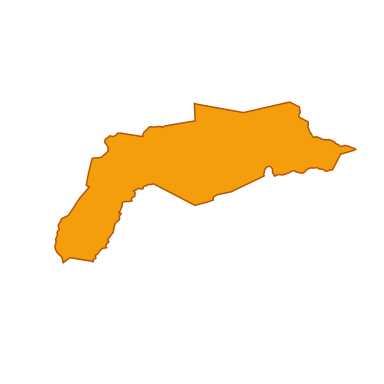 outline of Jacobina, Bahia, Brazil, rotated 129°
{"feature_id": "56859067B82313605605441", "entity_name": "Jacobina", "entity_type": "district", "adm_level": 2, "iso_a3": "BRA", "parent_name": "Brazil", "parent_adm1": "Bahia", "projection": "albers", "projection_center": [-40.536, -11.082], "detail": "fine", "context": "isolated", "style": "filled", "palette": "amber", "viewbox_px": 384, "rotation_deg": 129, "n_neighbors": 0, "source": "geoboundaries", "source_scale": "gbopen_adm2", "svg_char_len": 4388}
<svg xmlns="http://www.w3.org/2000/svg" viewBox="0 0 384 384"><g transform="rotate(129 192 192)"><path d="M200.5,181.2L196.3,178.2L190.8,174.2L184.8,170.3L183.8,171.4L182.9,172.0L181.5,171.8L180.2,171.4L179.3,171.2L177.6,170.1L167.3,161.8L165.1,160.7L158.3,157.5L134.0,146.0L133.4,147.0L132.6,147.7L131.7,148.0L130.4,148.7L128.8,149.5L127.5,149.6L126.3,149.7L125.3,149.5L124.3,148.9L123.6,148.2L123.1,147.3L123.0,146.2L123.3,144.5L124.0,143.3L125.3,142.5L126.4,141.4L126.6,140.1L127.2,139.2L127.8,138.0L126.7,137.3L125.4,136.6L124.1,135.8L123.4,134.9L122.8,134.0L122.2,133.0L121.3,132.0L120.2,131.3L119.3,130.7L118.1,130.0L117.3,129.5L116.1,128.7L114.7,128.1L113.3,127.8L112.4,127.3L111.7,126.4L110.9,125.0L110.7,123.5L110.2,122.3L109.5,120.7L108.8,119.6L108.2,118.5L107.5,117.8L106.4,117.2L104.8,117.0L102.8,116.9L101.2,116.4L99.5,115.6L98.4,114.7L97.6,113.8L97.1,112.9L96.3,111.9L95.4,111.2L94.5,110.3L94.2,109.0L94.1,107.8L93.5,106.6L92.4,105.4L92.0,104.1L92.0,102.7L91.6,101.2L91.0,100.4L89.9,99.5L88.7,99.0L87.7,98.2L86.4,96.7L69.1,100.3L58.6,93.0L55.9,91.6L55.9,93.0L56.2,94.2L57.0,95.6L57.3,96.8L57.5,98.2L58.0,99.3L58.7,100.5L59.2,101.9L60.0,102.9L61.2,103.4L62.0,104.1L63.2,105.3L63.2,106.8L63.0,107.9L63.4,109.0L63.7,110.1L63.9,111.1L63.6,112.3L63.4,113.5L63.9,114.5L64.1,116.0L64.8,117.7L65.4,119.0L66.2,119.5L66.9,120.4L67.5,121.5L68.2,122.3L68.7,123.4L69.3,124.6L69.5,126.5L70.0,127.7L70.4,128.9L70.8,130.3L71.7,130.8L72.7,131.2L72.7,132.2L73.2,133.1L72.2,134.7L71.5,136.5L71.3,138.1L70.6,139.1L69.9,140.2L69.5,141.1L68.7,142.4L67.6,143.5L66.5,144.1L65.5,144.8L64.5,145.9L64.4,147.0L65.0,148.2L65.3,149.3L65.3,151.1L65.7,152.5L66.2,153.5L66.1,154.8L66.4,155.9L65.9,156.8L64.7,157.3L63.5,157.6L62.4,157.8L61.4,158.5L60.5,159.7L59.8,160.7L58.3,161.9L60.6,172.6L61.3,173.2L62.6,174.3L97.8,201.9L99.2,204.3L117.5,237.7L120.7,243.5L121.6,245.9L125.1,242.9L134.7,234.3L145.2,243.6L146.7,244.9L151.8,249.4L157.4,254.3L158.9,255.3L160.5,255.7L160.5,257.0L161.2,257.9L161.8,258.8L162.6,259.8L163.7,260.6L165.0,261.7L165.6,262.6L166.3,263.8L166.9,264.8L167.8,265.7L168.8,266.2L170.0,266.3L171.8,266.4L173.3,266.3L174.8,267.1L176.2,266.8L177.6,266.5L178.6,266.2L179.4,265.3L180.6,266.2L181.4,267.6L182.2,269.0L189.4,281.5L190.7,283.8L193.0,286.8L194.3,286.8L195.5,286.8L196.7,287.1L197.9,287.8L198.7,288.6L199.4,289.9L199.9,291.2L201.2,291.4L202.3,291.5L203.2,291.8L204.5,292.4L206.0,292.3L207.2,291.9L208.2,291.0L208.7,290.1L208.8,288.9L209.2,287.5L209.7,286.4L210.4,285.1L211.5,284.3L212.2,283.7L212.8,282.8L222.3,284.3L226.6,288.8L228.0,290.3L228.8,290.7L231.4,289.5L241.1,284.9L242.0,284.6L253.3,278.4L253.1,276.6L252.8,275.0L267.9,275.4L279.1,274.2L287.8,273.4L289.1,273.9L294.8,276.5L299.3,275.4L300.7,275.2L302.0,275.1L302.9,274.0L303.8,272.9L304.2,271.8L305.3,271.3L306.4,271.8L307.3,271.7L308.9,271.1L309.5,270.0L310.4,269.4L311.9,269.0L313.4,268.5L314.7,268.2L315.5,267.0L316.2,266.2L317.2,265.8L318.3,265.4L319.2,264.9L320.1,264.4L321.1,263.7L321.8,262.9L322.4,262.1L322.9,261.3L323.1,260.3L323.7,259.2L324.1,258.0L324.0,257.0L324.3,256.0L324.3,255.0L324.4,253.5L324.8,251.9L325.8,250.4L326.5,249.4L327.4,248.7L328.1,247.6L319.8,245.5L319.1,244.1L308.9,226.3L308.7,225.0L307.7,225.3L306.9,226.1L305.5,225.6L303.8,225.1L303.1,225.7L302.9,227.1L301.9,227.1L300.7,226.7L299.6,226.3L298.2,226.5L297.0,226.5L295.6,226.6L294.5,226.5L293.6,226.3L292.3,226.1L291.0,225.1L289.9,224.0L289.0,223.3L288.7,224.4L287.9,225.3L286.5,225.4L285.7,225.8L284.7,226.0L284.0,225.1L282.9,225.3L282.5,226.8L281.8,227.5L272.5,227.9L271.6,228.6L270.5,229.5L269.4,229.5L268.7,230.4L267.4,230.8L266.1,231.4L265.1,231.6L263.6,231.9L262.2,231.7L260.8,231.0L259.4,231.3L258.2,231.4L257.3,232.4L256.2,233.6L255.0,233.2L254.1,233.3L253.1,233.9L253.5,234.9L254.4,235.6L253.5,236.2L252.1,236.1L250.9,236.1L249.9,236.6L248.6,237.1L247.4,237.2L246.4,237.8L245.2,238.6L244.7,239.4L243.7,239.5L242.4,238.6L241.2,237.7L240.3,236.4L239.6,235.5L239.0,234.8L237.9,234.1L236.7,233.0L236.2,233.8L235.4,234.8L234.3,235.0L233.3,234.7L232.2,234.0L230.7,234.0L229.8,235.2L228.7,235.4L228.1,236.6L227.8,238.1L226.7,237.3L225.8,236.8L224.9,236.6L223.9,236.3L222.7,235.9L222.3,235.0L221.7,233.6L220.9,232.4L220.1,232.1L219.3,232.7L218.2,233.0L216.7,232.5L216.0,231.4L214.7,231.0L213.6,230.9L212.9,229.9L212.3,228.7L211.3,228.1L209.8,226.9L207.2,214.1L200.5,181.2Z" fill="#f59e0b" stroke="#b45309" stroke-width="1.5"/></g></svg>